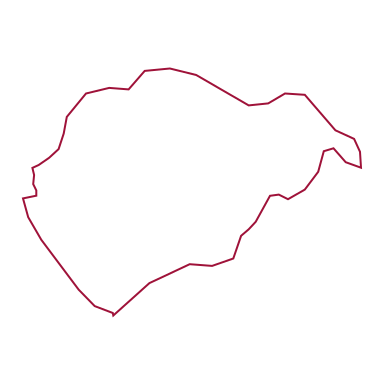 map outline of Glodeni (orthographic projection)
{"feature_id": "MDA-1621", "entity_name": "Glodeni", "entity_type": "District", "adm_level": 1, "iso_a3": "MDA", "parent_name": "Moldova", "parent_adm1": "", "projection": "orthographic", "projection_center": [27.543, 47.723], "detail": "fine", "context": "isolated", "style": "outline", "palette": "rose", "viewbox_px": 384, "rotation_deg": 0, "n_neighbors": 0, "source": "natural_earth", "source_scale": "10m", "svg_char_len": 667}
<svg xmlns="http://www.w3.org/2000/svg" viewBox="0 0 384 384"><path d="M113.3,315.5L112.8,313.0L94.7,306.1L78.7,289.7L41.3,239.8L28.2,217.2L23.0,198.4L36.3,195.7L36.3,190.4L33.2,184.1L34.1,175.0L32.4,167.9L38.7,165.0L49.1,157.8L58.6,149.1L63.7,133.6L66.8,116.9L86.0,93.5L109.2,87.9L128.6,89.4L144.7,70.9L169.9,68.5L196.2,75.0L248.7,105.4L268.2,103.4L285.0,93.5L304.8,94.8L335.4,130.3L354.1,138.9L360.0,151.8L361.0,167.7L345.7,162.2L333.5,148.3L323.8,151.2L318.2,171.8L304.8,189.6L288.0,199.2L278.8,194.6L270.0,195.8L255.7,221.8L248.7,229.3L241.1,235.8L233.3,258.5L212.1,265.9L189.7,264.2L149.4,283.1L113.3,315.5Z" fill="none" stroke="#9f1239" stroke-width="2"/></svg>